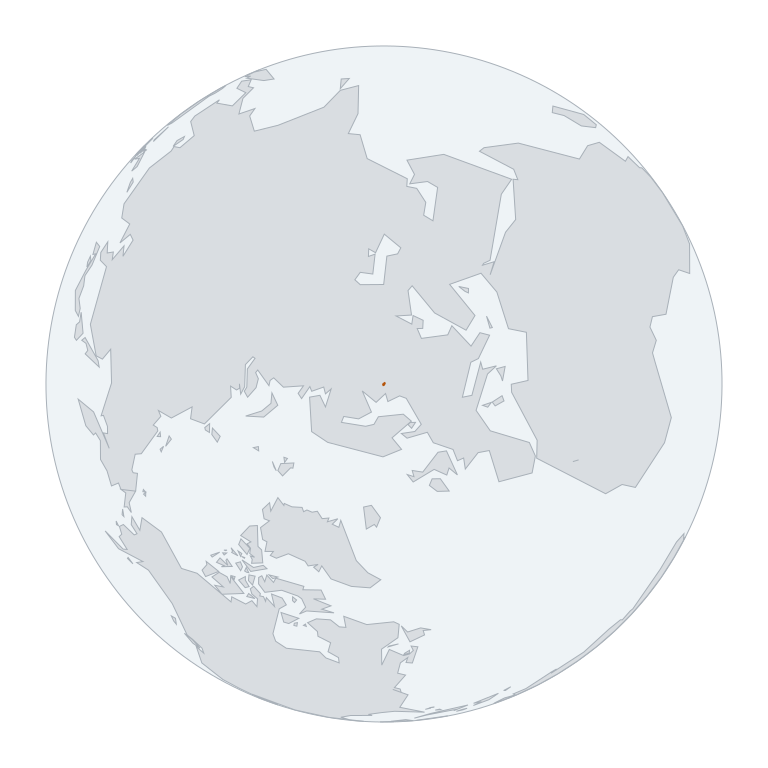 Riebinu on an orthographic globe, rotated 235°
{"feature_id": "LVA-5752", "entity_name": "Riebinu", "entity_type": "Municipality", "adm_level": 1, "iso_a3": "LVA", "parent_name": "Latvia", "parent_adm1": "", "projection": "orthographic", "projection_center": [26.825, 56.342], "detail": "coarse", "context": "on_globe", "style": "filled", "palette": "amber", "viewbox_px": 768, "rotation_deg": 235, "n_neighbors": 0, "source": "natural_earth", "source_scale": "10m", "svg_char_len": 11569}
<svg xmlns="http://www.w3.org/2000/svg" viewBox="0 0 768 768"><g transform="rotate(235 384 384)"><circle cx="384" cy="384" r="338" fill="#eef3f6" stroke="#a8b0b8"/><path d="M168.1,124.1L205.6,98.0L181.9,113.2L198.7,101.4L199.3,101.0L197.2,102.5L218.0,90.8L234.4,82.5L260.0,74.8L276.5,79.6L266.9,82.0L272.0,83.4L284.4,80.8L291.3,78.8L325.6,84.6L366.6,84.3L379.6,79.0L376.8,84.7L401.3,72.1L423.6,71.3L398.4,75.6L395.8,78.7L410.9,79.5L411.4,83.0L419.1,85.6L418.4,89.9L403.7,92.8L403.0,95.8L413.8,96.3L419.9,101.4L404.2,100.1L413.3,109.1L390.4,116.8L349.1,112.3L336.2,122.3L293.2,133.7L297.0,137.2L283.1,144.5L282.3,151.5L274.5,152.2L280.6,157.2L287.8,155.3L292.9,157.0L293.1,161.2L283.2,162.5L281.7,160.7L278.9,163.3L273.9,162.3L276.5,165.1L264.5,166.7L276.5,171.4L267.1,177.8L259.1,177.3L259.9,169.2L243.2,149.8L235.4,147.7L223.6,152.4L201.5,177.7L192.9,179.3L181.3,187.3L186.0,189.8L196.8,184.6L202.7,191.9L215.2,185.2L219.4,187.5L232.3,184.5L230.4,193.9L221.5,204.9L210.7,208.1L206.5,213.2L216.8,217.8L196.8,231.9L183.6,255.6L178.4,258.6L168.2,249.9L168.2,229.9L155.0,220.9L163.5,236.1L150.3,244.3L148.2,249.9L148.9,255.2L153.8,255.9L149.3,261.0L139.2,247.2L143.2,242.3L146.3,246.6L146.2,237.5L139.3,229.3L133.2,234.7L129.3,218.4L124.9,222.3L121.5,221.2L128.8,216.0L115.6,225.4L110.1,211.5L91.9,229.0L109.8,205.0L116.2,193.6L122.3,181.7L119.3,184.2L131.6,166.5L135.8,157.5L127.2,164.5L119.2,174.0L142.4,147.8L168.1,124.1ZM109.5,186.9L102.3,197.5L103.2,197.2L96.6,209.3L91.4,214.9L109.5,186.9ZM89.9,217.7L78.1,240.8L75.6,245.9L89.9,217.7ZM59.3,290.3L59.3,291.9L57.7,302.7L54.0,313.3L56.0,312.1L53.1,325.5L52.1,355.4L51.2,355.4L49.8,393.9L54.2,427.9L55.2,442.5L54.1,444.0L56.9,455.5L57.1,458.9L73.8,504.0L86.8,533.0L89.4,543.9L84.5,539.9L86.0,543.3L75.6,522.0L66.6,500.1L59.3,477.5L53.5,454.5L49.4,431.2L46.9,407.6L46.1,383.9L46.9,360.2L49.4,336.6L53.6,313.3L59.3,290.3ZM87.5,232.9L72.9,268.7L76.4,253.8L76.6,255.3L81.3,245.0L88.4,229.0L92.9,217.2L87.5,232.9ZM91.6,236.6L93.8,231.2L92.3,235.9L91.6,236.6ZM294.3,77.5L284.6,80.4L273.2,81.8L281.2,78.8L294.3,77.5ZM316.0,76.8L311.7,78.8L306.4,76.1L310.5,75.8L316.0,76.8ZM388.7,74.9L380.7,75.2L388.3,73.8L388.7,74.9ZM420.2,85.2L422.3,84.2L425.4,86.0L420.2,85.2ZM232.5,179.6L232.4,182.0L230.0,181.3L232.5,179.6ZM238.2,176.2L235.6,173.7L237.9,171.7L239.5,173.3L238.2,176.2ZM427.2,94.5L431.5,98.2L424.6,94.9L427.2,94.5ZM240.9,179.8L242.4,168.6L246.5,165.3L255.9,168.6L240.9,179.8ZM432.3,100.6L442.9,110.0L448.5,108.1L438.7,119.1L433.0,107.2L423.6,103.3L430.6,103.3L432.3,100.6ZM290.0,153.0L282.3,155.2L288.6,149.7L290.0,153.0ZM292.8,149.1L304.7,130.7L316.2,129.9L309.9,136.0L324.6,132.4L324.3,140.9L316.1,144.9L308.8,143.6L314.3,148.0L292.8,149.1ZM431.7,123.9L432.0,126.8L428.8,124.4L431.7,123.9ZM295.4,157.3L296.8,153.5L306.8,152.5L305.8,160.0L302.9,157.9L295.4,157.3ZM328.6,127.4L335.9,128.2L337.6,135.3L340.7,136.6L325.3,141.1L328.6,127.4ZM300.7,160.2L305.1,163.9L300.5,168.2L294.7,161.0L300.7,160.2ZM309.8,149.1L314.5,149.1L311.6,151.5L309.8,149.1ZM286.8,186.3L288.3,181.3L293.6,180.3L286.8,186.3ZM307.0,165.0L308.6,163.5L310.8,162.6L312.7,165.9L307.0,165.0ZM327.6,146.0L326.8,148.9L334.0,144.5L335.6,149.9L325.0,152.0L330.3,153.4L330.8,155.1L321.6,155.0L327.6,146.0ZM321.4,166.8L308.5,171.9L304.7,181.1L299.8,182.2L306.9,167.3L321.4,166.8ZM322.3,159.8L320.7,164.4L315.4,163.2L313.3,159.5L322.3,159.8ZM340.5,153.0L340.8,144.0L343.1,143.9L340.5,153.0ZM321.3,169.7L324.5,168.4L321.7,170.4L321.3,169.7ZM335.8,158.2L335.6,155.0L338.2,155.0L335.8,158.2ZM330.9,168.7L326.7,170.3L325.1,167.7L330.9,168.7ZM334.0,164.1L337.6,164.8L327.1,165.8L333.4,162.6L334.0,164.1ZM338.3,158.7L339.8,157.6L338.0,160.1L338.3,158.7ZM339.2,178.0L326.3,179.9L322.9,174.0L335.9,172.9L339.2,178.0ZM342.3,719.3L341.0,719.0L323.4,714.6L299.2,697.8L308.6,690.9L305.5,682.2L279.4,655.0L285.2,642.5L278.1,634.5L263.6,632.1L255.5,621.8L246.7,618.7L191.7,600.1L175.0,580.1L155.1,530.6L165.1,521.4L167.0,502.6L235.6,466.5L250.1,477.2L304.0,483.8L310.8,488.1L304.3,504.0L344.7,530.3L357.9,517.7L394.6,529.2L419.1,527.0L428.0,494.9L387.9,497.8L381.0,482.1L413.2,466.2L448.3,463.4L446.8,457.3L424.7,446.1L432.8,432.9L417.1,441.1L423.4,447.1L413.7,452.6L407.3,447.6L410.4,443.0L399.9,440.8L387.7,464.4L392.8,473.0L365.1,477.0L371.0,492.0L363.4,498.5L350.7,475.9L352.0,467.6L328.2,440.6L324.3,449.5L346.5,475.8L339.5,473.3L334.4,486.5L332.8,474.5L309.6,444.3L284.7,444.2L252.7,469.5L238.2,466.7L226.2,454.3L238.0,422.1L269.1,432.1L273.8,421.7L267.7,401.8L277.7,406.8L279.0,400.2L290.8,403.0L307.6,390.7L319.6,391.8L326.4,371.8L333.5,369.8L327.4,382.0L329.6,391.4L359.5,394.0L365.3,390.0L367.4,377.1L375.3,379.8L373.5,367.0L390.8,362.2L368.2,357.6L370.0,343.2L380.5,332.4L377.0,327.1L359.9,344.7L356.7,352.6L360.4,360.6L348.2,382.5L337.9,385.1L335.3,359.7L320.4,360.9L324.9,341.4L368.5,304.4L386.5,297.4L415.9,315.5L411.5,325.0L398.8,322.9L410.3,337.9L409.5,330.4L416.1,332.9L419.5,320.6L424.4,321.8L419.3,308.1L425.6,308.3L428.7,317.0L439.1,299.8L452.3,297.2L452.3,292.8L448.6,288.8L467.9,288.6L467.0,285.4L460.4,284.1L454.4,277.1L451.4,264.7L458.2,265.4L460.2,269.9L474.7,280.7L479.0,293.1L481.5,292.2L479.4,281.6L461.7,268.3L457.9,260.8L467.1,265.7L463.4,263.3L463.7,259.8L470.3,257.1L460.7,251.2L454.3,214.0L466.5,205.6L475.3,213.7L478.1,190.3L491.7,184.0L485.5,182.7L482.7,171.4L478.4,173.2L475.3,171.8L466.1,145.2L469.2,139.9L458.3,128.2L455.2,127.6L452.2,130.8L438.7,119.1L448.5,108.1L455.2,109.7L456.8,102.3L471.7,107.3L484.8,108.5L500.3,119.2L509.3,119.7L508.9,116.8L520.8,115.8L547.0,124.8L527.7,130.1L488.9,122.0L504.9,126.1L501.9,129.1L508.0,133.2L519.2,136.2L520.2,134.0L541.1,161.4L569.3,180.1L565.9,167.6L572.2,164.4L601.3,177.7L639.3,224.0L648.1,222.6L654.2,227.5L658.9,239.3L650.1,232.4L647.4,238.0L641.7,232.7L646.3,250.3L638.3,243.4L645.8,261.0L652.1,262.0L651.0,248.6L660.9,267.5L670.4,264.4L680.7,274.4L695.5,315.7L696.9,343.2L698.9,348.2L694.6,352.4L696.3,371.0L709.9,376.2L712.0,382.7L711.2,412.2L709.9,408.2L698.8,419.3L701.9,437.9L710.6,433.1L713.7,441.1L709.4,449.7L705.5,443.4L701.5,447.0L698.9,432.3L688.4,420.0L683.7,436.3L680.6,427.7L665.5,422.8L656.7,445.6L645.2,493.6L649.6,516.7L643.0,534.4L620.4,517.8L609.6,498.4L601.9,507.4L578.3,499.5L538.8,520.8L532.8,516.0L525.5,523.0L508.8,522.4L499.5,513.3L489.6,517.7L514.3,540.7L524.9,535.8L533.2,519.9L538.2,529.2L554.2,531.2L537.8,564.7L478.5,606.0L472.2,589.0L424.5,541.8L425.7,534.9L425.4,534.1L424.8,532.8L421.0,544.3L412.6,533.6L438.6,570.6L443.2,586.2L477.7,607.2L474.6,610.8L485.5,613.4L519.9,595.7L520.2,601.5L504.3,632.2L456.2,673.1L462.4,687.5L458.5,699.0L428.0,709.5L430.3,714.3L414.5,717.4L413.2,719.2L400.3,721.2L381.1,721.9L342.3,719.3ZM212.1,494.2L210.2,499.9L212.1,494.2ZM485.9,475.9L506.6,470.2L496.4,452.4L503.5,449.0L497.4,444.4L495.5,451.2L480.5,437.9L489.1,428.6L486.1,419.9L479.0,421.5L465.7,440.8L487.1,459.7L482.8,469.8L485.9,475.9ZM52.1,356.2L51.6,361.9L51.4,357.1L52.1,356.2ZM74.4,255.5L72.5,261.6L70.7,266.1L71.7,262.1L74.4,255.5ZM64.3,306.2L63.3,314.2L63.3,307.6L64.3,306.2ZM71.1,274.2L65.0,300.3L65.2,289.0L69.4,272.8L67.9,281.6L71.1,274.2ZM87.5,238.9L85.7,243.2L84.6,243.8L87.5,238.9ZM90.6,240.1L90.9,238.8L92.8,235.6L90.6,240.1ZM151.0,245.1L151.6,246.4L151.2,252.2L149.1,250.4L151.0,245.1ZM163.2,274.1L155.7,281.7L159.6,274.7L155.2,273.3L157.9,257.4L176.0,259.4L167.3,261.1L163.2,274.1ZM166.6,237.5L162.8,246.8L166.3,236.5L166.6,237.5ZM274.9,363.0L278.7,369.0L274.1,375.8L258.9,376.0L265.5,366.0L274.9,363.0ZM285.3,376.1L287.0,351.7L296.5,351.1L290.9,355.4L297.0,357.5L289.6,365.2L297.1,389.1L293.4,396.8L267.4,392.0L277.9,389.1L273.4,383.2L285.3,376.1ZM274.5,295.5L275.3,286.3L294.9,296.7L291.8,304.1L276.5,304.4L271.0,295.8L274.5,295.5ZM257.2,188.5L256.3,185.3L259.0,184.8L262.1,187.1L257.2,188.5ZM287.0,184.0L264.2,202.3L262.0,199.5L251.3,214.3L241.2,212.7L248.5,203.0L232.7,213.3L235.2,203.9L225.2,211.8L242.5,190.4L244.1,182.8L246.1,191.8L255.3,193.4L259.8,191.8L273.7,181.9L281.7,166.9L292.2,166.6L297.4,170.4L297.0,173.9L290.4,172.9L294.7,178.4L284.8,179.7L287.0,184.0ZM352.4,222.2L344.8,218.3L351.8,231.9L341.9,232.3L343.4,233.8L336.2,238.1L329.9,246.1L325.5,244.9L325.0,248.6L320.2,251.6L318.0,256.4L309.2,256.1L305.8,262.0L303.6,258.6L300.1,268.9L298.8,261.2L292.5,264.8L297.1,270.4L255.2,260.0L238.6,262.5L225.5,269.1L225.0,255.7L236.9,241.2L254.7,228.8L270.7,228.7L267.6,222.9L274.3,221.3L274.0,226.5L278.5,217.5L284.0,217.7L299.8,208.3L303.0,195.9L308.8,192.5L310.3,197.4L315.1,190.5L321.9,197.6L326.2,195.4L337.2,200.5L337.6,211.7L342.4,208.5L351.0,212.5L352.4,222.2ZM342.1,179.7L344.7,192.5L340.7,199.1L323.2,187.6L318.3,188.6L307.0,182.1L313.1,172.7L315.8,175.4L319.8,175.9L316.3,178.6L322.2,176.8L326.0,180.5L331.6,180.2L331.0,184.4L342.1,179.7ZM318.5,482.8L323.7,484.4L332.0,484.8L328.9,493.3L318.5,482.8ZM302.3,462.5L307.1,462.3L306.7,474.0L301.3,472.6L302.3,462.5ZM310.0,452.5L307.4,461.4L305.5,455.7L310.0,452.5ZM331.9,381.2L337.0,380.4L337.4,383.5L334.5,387.8L331.9,381.2ZM371.0,264.9L367.3,261.1L368.9,259.4L366.9,248.2L374.0,247.4L378.0,253.8L371.0,264.9ZM421.0,501.2L413.8,508.0L410.2,505.4L413.4,503.5L421.0,501.2ZM369.0,502.8L380.8,506.9L368.1,505.1L369.0,502.8ZM378.4,262.2L376.8,257.6L381.4,260.0L378.4,262.2ZM379.1,246.3L384.6,248.1L374.7,246.0L379.1,246.3ZM514.8,681.8L490.2,702.2L474.6,706.6L472.6,704.4L482.2,693.7L500.6,685.5L509.8,677.5L514.8,681.8ZM713.5,459.1L712.8,461.8L714.2,455.5L715.7,448.7L713.5,459.1ZM714.0,456.5L709.4,467.9L696.9,468.9L701.5,459.6L713.3,446.9L712.7,451.4L715.6,446.2L714.0,456.5ZM720.0,420.0L719.2,425.9L718.7,421.2L719.1,412.5L720.1,405.7L719.4,359.9L720.1,354.8L721.4,371.0L721.6,370.5L721.7,395.3L720.0,420.0ZM651.0,517.6L658.4,523.9L654.2,530.8L651.0,517.6ZM715.8,335.9L718.3,355.0L714.9,334.2L715.8,335.9ZM711.7,319.7L713.3,323.1L712.0,323.7L711.7,319.7ZM702.1,354.1L701.2,362.5L699.5,359.7L699.6,347.5L702.1,354.1ZM688.5,283.3L694.6,291.8L696.6,296.1L693.3,294.4L688.5,283.3ZM437.1,252.3L432.0,268.4L433.0,280.3L441.0,287.1L427.5,284.8L425.9,266.5L437.1,252.3ZM451.5,218.4L444.4,213.2L448.8,211.3L451.1,212.2L451.5,218.4ZM446.3,218.2L435.1,219.8L432.0,214.1L441.4,214.0L446.3,218.2ZM406.8,240.5L404.8,245.2L401.1,243.0L406.8,240.5ZM716.6,324.1L716.4,325.6L717.9,335.8L713.3,310.9L714.5,313.5L716.4,323.0L716.6,324.1ZM713.9,316.1L715.5,325.6L712.8,312.7L713.9,316.1ZM715.0,325.1L713.4,321.1L713.0,316.2L715.0,325.1ZM713.4,312.6L710.3,303.2L711.6,305.1L713.4,312.6ZM709.1,313.0L711.2,308.7L711.4,321.0L703.7,306.5L703.1,299.4L709.1,313.0ZM657.1,216.8L653.0,214.5L650.2,207.7L653.8,211.1L657.1,216.8ZM637.6,184.8L648.2,205.1L656.0,222.5L657.1,219.9L665.1,229.7L659.7,230.0L648.9,213.0L644.3,201.2L636.7,194.3L629.1,183.2L620.2,178.5L614.7,172.5L621.3,173.3L637.6,184.8ZM616.5,177.1L598.2,166.6L596.2,157.1L599.8,157.2L609.0,165.9L609.5,170.3L616.5,177.1ZM593.2,161.5L593.5,165.8L567.2,163.2L561.2,160.4L580.1,156.5L581.4,160.6L588.2,163.2L593.2,161.5ZM435.6,126.4L432.3,126.8L434.1,124.7L435.6,126.4ZM473.0,173.0L469.0,170.8L471.1,168.1L473.0,173.0ZM459.0,163.2L459.4,167.7L456.2,162.6L459.0,163.2ZM460.8,178.2L458.2,169.4L464.7,178.2L460.8,178.2Z" fill="#d9dde1" stroke="#a8b0b8" stroke-width="1"/><path d="M384.3,383.4L384.2,383.6L384.4,383.8L384.5,384.1L384.4,384.1L384.5,384.5L384.7,385.0L384.4,385.1L384.3,385.3L384.2,385.3L384.2,385.1L383.9,384.9L384.0,384.8L384.0,384.5L383.9,384.3L383.7,384.3L383.6,384.2L383.4,384.0L383.5,383.8L383.7,383.7L383.3,383.4L383.2,383.4L383.2,383.5L383.1,383.4L383.1,383.1L383.3,383.1L383.4,382.8L383.7,382.8L383.7,382.7L384.0,382.8L383.8,383.0L384.1,383.1L384.3,383.2L384.4,383.3L384.3,383.4Z" fill="#f59e0b" stroke="#b45309" stroke-width="1.5"/></g></svg>